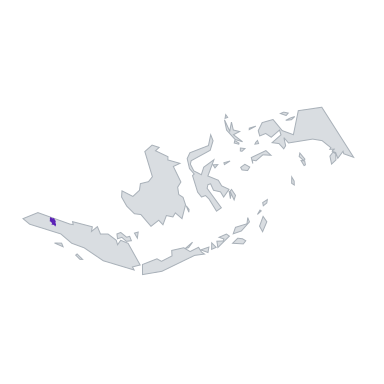 Deli Serdang, Sumatera Utara, Indonesia (highlighted), rotated 326°
{"feature_id": "22746128B17104196518473", "entity_name": "Deli Serdang", "entity_type": "district", "adm_level": 2, "iso_a3": "IDN", "parent_name": "Indonesia", "parent_adm1": "Sumatera Utara", "projection": "equal_earth", "projection_center": [98.729, 3.48], "detail": "fine", "context": "in_parent", "style": "filled", "palette": "violet", "viewbox_px": 384, "rotation_deg": 326, "n_neighbors": 0, "source": "geoboundaries", "source_scale": "gbopen_adm2", "svg_char_len": 5395}
<svg xmlns="http://www.w3.org/2000/svg" viewBox="0 0 384 384"><g transform="rotate(326 192 192)"><path d="M134.6,151.9L140.5,162.6L149.4,161.2L153.9,156.2L161.7,159.1L167.7,157.2L175.5,132.1L185.1,130.8L189.7,136.7L184.8,137.4L191.8,149.3L189.9,151.9L198.0,161.5L190.8,160.4L188.4,177.5L182.8,180.0L179.6,186.7L181.6,191.4L179.5,199.0L168.8,208.5L166.5,200.0L162.2,202.0L157.6,197.2L149.6,202.9L148.6,196.8L138.8,197.5L137.0,182.1L132.1,177.8L130.0,167.2L130.8,156.8L134.6,151.9ZM37.0,119.6L52.7,122.9L72.9,150.4L75.3,152.6L76.4,149.8L89.9,165.1L86.6,168.5L94.2,167.8L92.6,175.7L98.9,179.9L102.2,189.6L100.8,194.1L105.9,192.2L110.3,198.8L108.2,223.5L100.7,220.8L100.4,224.3L80.0,199.4L71.4,178.0L63.6,167.2L59.8,153.4L39.4,127.9L37.0,119.6ZM347.0,194.3L345.4,253.6L339.2,245.2L340.0,242.7L331.7,245.6L333.2,239.6L331.0,236.6L331.8,236.1L333.1,236.4L333.9,236.0L330.1,233.7L331.9,233.0L328.6,222.2L321.6,215.6L299.4,205.3L298.6,198.3L295.5,206.0L292.2,207.5L291.2,200.5L286.0,195.9L297.7,194.4L299.2,189.6L288.3,190.9L285.8,184.7L279.5,183.4L281.2,178.2L289.0,173.7L299.7,177.2L301.1,191.5L308.1,201.2L325.6,184.0L347.0,194.3ZM238.1,161.3L230.4,167.6L208.8,165.6L206.2,168.0L205.3,175.5L209.4,182.9L215.6,178.0L228.2,177.5L214.1,187.6L220.4,197.0L220.0,203.5L224.2,210.5L215.4,213.9L215.7,207.8L210.8,202.6L212.0,195.6L209.3,194.8L206.6,197.4L207.5,221.5L201.6,221.6L202.2,207.3L201.2,202.5L197.1,201.5L196.6,195.3L201.6,178.7L203.9,178.3L203.0,171.2L206.7,161.6L212.2,158.3L231.6,162.7L239.5,155.0L238.1,161.3ZM110.4,224.4L125.6,227.8L127.9,232.4L139.7,233.8L142.5,229.1L154.0,233.6L157.1,240.3L166.5,241.5L166.3,247.1L167.6,250.4L158.7,246.0L122.7,240.9L104.8,232.8L110.4,224.4ZM257.3,162.7L263.8,156.1L260.9,163.7L265.3,168.5L258.4,167.7L262.0,178.6L257.1,172.6L255.3,160.0L259.3,150.3L257.3,162.7ZM260.4,196.6L276.4,199.0L278.0,205.7L271.5,200.8L262.5,201.9L259.9,199.3L258.3,202.4L260.4,196.6ZM222.9,248.9L211.1,251.9L202.8,249.7L208.3,245.6L219.8,249.1L223.9,244.4L222.9,248.9ZM189.1,244.7L197.0,246.1L198.3,249.5L182.4,252.5L185.1,246.7L190.4,250.0L192.2,248.8L189.1,244.7ZM237.3,252.0L237.4,258.5L228.3,264.4L228.9,258.1L237.3,252.0ZM110.3,185.7L112.5,192.9L115.5,193.9L114.5,198.5L110.0,196.2L108.5,190.4L104.1,189.1L106.3,184.8L110.3,185.7ZM329.3,245.9L323.3,246.9L326.4,239.4L331.1,237.8L332.5,240.6L329.3,245.9ZM204.1,255.9L207.7,259.0L209.3,262.5L205.5,263.7L197.0,257.2L204.1,255.9ZM251.3,198.6L253.8,203.6L250.1,205.3L245.8,201.7L246.1,198.8L251.3,198.6ZM166.9,244.9L175.2,247.1L171.4,251.1L166.9,244.9ZM179.9,245.2L181.1,251.4L176.2,250.5L179.9,245.2ZM125.0,195.1L120.9,199.7L121.3,193.9L125.0,195.1ZM303.2,220.0L304.0,227.9L302.1,228.2L300.7,222.5L303.2,220.0ZM164.4,233.9L157.9,236.3L155.3,235.0L164.4,233.9ZM226.2,212.0L226.2,219.1L222.5,222.1L224.0,212.6L226.2,212.0ZM49.5,157.4L55.3,161.5L54.5,165.3L49.5,157.4ZM63.6,186.7L61.4,185.1L60.3,179.3L62.1,179.1L63.6,186.7ZM280.7,243.4L279.5,240.5L283.1,235.3L282.8,240.0L280.7,243.4ZM275.2,171.1L281.8,173.1L274.3,172.3L275.2,171.1ZM234.8,185.6L240.9,187.6L234.2,187.4L234.8,185.6ZM223.3,215.5L220.1,219.0L223.0,212.6L223.3,215.5ZM309.2,176.4L312.7,177.1L315.9,180.4L312.8,181.2L309.2,176.4ZM250.2,240.4L247.9,242.9L243.4,243.3L244.7,240.3L250.2,240.4ZM302.8,229.2L301.2,232.9L299.7,232.8L300.0,226.9L302.8,229.2ZM260.2,185.6L256.2,186.2L255.0,185.0L256.7,182.6L260.2,185.6ZM309.8,185.0L314.7,185.6L319.4,186.9L314.9,187.7L309.8,185.0ZM224.6,181.2L228.7,183.7L224.5,184.9L224.6,181.2ZM263.3,150.1L260.6,149.4L263.2,146.7L263.3,150.1ZM233.7,247.2L238.3,245.0L238.8,246.4L233.7,247.2ZM275.1,185.9L274.3,189.1L270.9,187.5L272.6,186.5L275.1,185.9ZM179.8,204.8L178.1,207.0L179.5,200.1L179.8,204.8ZM256.2,173.3L258.3,177.8L257.5,178.5L254.4,175.0L256.2,173.3Z" fill="#d9dde1" stroke="#a8b0b8" stroke-width="1"/><path d="M60.6,135.8L60.5,135.7L60.5,135.3L60.5,135.2L60.4,135.0L60.5,135.1L60.4,134.9L60.3,134.7L60.2,134.8L60.1,135.0L59.9,135.0L59.8,135.3L59.7,135.4L59.7,135.5L59.4,135.8L59.2,136.2L59.2,136.3L59.2,136.5L59.2,136.9L59.3,136.9L59.3,137.0L59.2,137.0L59.3,137.1L59.2,137.1L59.3,137.1L59.2,137.2L59.2,137.3L59.3,137.3L59.4,137.5L59.4,137.8L59.1,137.8L59.2,138.0L59.3,138.3L59.2,138.5L59.2,138.8L59.2,139.0L59.2,139.3L59.1,139.5L59.2,139.9L59.2,140.0L58.9,140.5L59.0,140.6L58.9,140.7L58.9,140.8L59.0,140.9L58.9,140.9L59.0,141.0L59.1,140.9L59.3,140.8L59.5,141.0L59.8,141.0L60.0,140.9L60.0,141.0L59.9,141.3L59.8,141.5L59.9,141.8L60.0,141.8L60.0,142.0L59.9,142.0L60.0,142.2L60.0,142.5L60.1,142.4L60.3,142.4L60.4,142.6L60.5,142.5L60.6,142.1L60.7,141.4L60.7,141.2L60.8,141.1L60.8,140.9L61.0,140.7L61.1,140.4L61.3,140.3L61.3,140.2L61.5,140.0L61.6,139.9L61.8,139.8L62.0,139.7L62.0,139.4L62.0,139.2L61.9,138.9L62.0,138.9L62.1,138.6L62.1,138.4L62.1,138.2L62.1,137.9L62.0,137.7L62.0,137.4L62.2,137.1L62.2,136.9L61.9,136.8L61.7,136.8L61.5,136.6L61.3,136.6L61.2,136.5L61.1,136.4L60.9,136.2L60.7,136.0L60.5,136.3L60.7,136.5L60.6,136.4L60.6,136.5L60.6,136.8L60.4,136.8L60.4,137.0L60.5,137.0L60.4,137.2L60.5,137.3L60.5,137.5L60.8,137.6L60.7,137.7L60.8,137.7L60.7,137.8L60.7,138.0L60.8,138.1L60.5,138.2L60.5,138.3L60.3,138.3L60.2,138.3L60.2,138.5L60.0,138.4L59.9,138.4L59.9,138.5L59.8,138.4L59.8,138.2L59.9,137.9L59.9,137.7L59.8,137.4L60.0,137.4L60.3,137.3L60.3,137.2L60.2,137.2L60.2,136.9L60.0,136.7L60.1,136.4L60.0,136.2L60.1,135.9L60.3,136.0L60.4,135.9L60.5,135.8L60.6,135.8Z" fill="#8b5cf6" stroke="#5b21b6" stroke-width="1.5"/></g></svg>